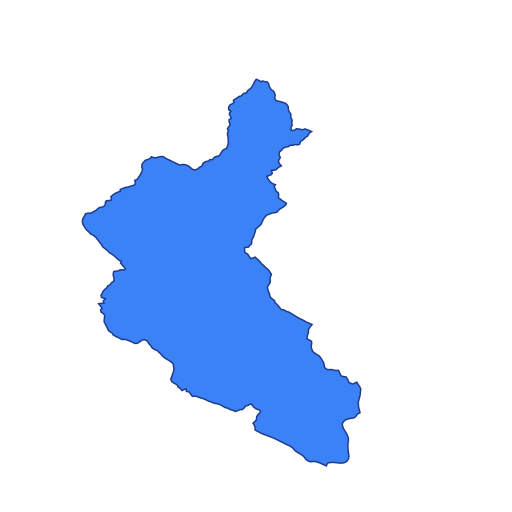 Botucatu, São Paulo, Brazil, rotated 116°
{"feature_id": "56859067B91204286934079", "entity_name": "Botucatu", "entity_type": "district", "adm_level": 2, "iso_a3": "BRA", "parent_name": "Brazil", "parent_adm1": "São Paulo", "projection": "equal_earth", "projection_center": [-48.5, -22.839], "detail": "fine", "context": "isolated", "style": "filled", "palette": "blue", "viewbox_px": 512, "rotation_deg": 116, "n_neighbors": 0, "source": "geoboundaries", "source_scale": "gbopen_adm2", "svg_char_len": 6135}
<svg xmlns="http://www.w3.org/2000/svg" viewBox="0 0 512 512"><g transform="rotate(116 256 256)"><path d="M413.8,100.7L412.3,101.0L410.7,100.7L409.5,99.4L407.8,96.5L405.9,91.3L404.9,88.8L403.7,86.8L402.0,85.1L400.2,84.2L397.7,84.0L395.3,84.7L393.3,85.9L391.5,87.3L386.6,90.1L383.6,91.4L381.4,92.0L379.2,93.2L377.6,94.8L376.5,96.1L375.3,97.8L374.2,99.5L372.8,101.7L370.4,104.1L368.4,105.0L365.1,104.3L363.7,103.4L361.4,101.0L359.6,98.4L358.4,96.9L356.9,96.1L353.7,95.6L351.3,93.8L348.5,96.1L346.5,97.8L342.5,100.0L339.5,100.6L335.1,101.5L332.2,102.7L329.9,103.4L328.3,105.0L326.8,107.7L325.2,110.1L328.8,113.0L328.9,117.0L326.9,119.2L325.2,122.0L325.9,124.1L326.5,126.8L324.8,129.1L322.6,131.7L324.1,134.5L324.8,138.1L326.2,140.7L326.9,142.8L326.1,145.5L323.5,147.4L322.2,148.5L320.8,150.6L319.3,152.9L318.1,155.5L317.9,157.6L317.5,160.8L317.0,163.1L314.4,165.9L311.7,167.3L310.2,167.6L308.3,168.8L308.0,174.1L305.5,174.8L301.7,175.4L300.2,176.2L298.5,176.7L293.0,175.6L293.1,178.4L293.3,181.7L293.0,185.3L293.1,188.6L293.0,191.3L292.7,194.3L292.4,197.8L292.0,201.6L292.4,204.6L292.2,207.4L293.1,209.9L291.4,213.3L290.2,216.0L289.6,218.4L288.1,219.5L287.6,221.7L287.0,224.4L285.7,226.1L284.1,227.3L282.8,228.7L281.0,230.6L279.0,232.1L276.5,232.0L274.6,231.6L273.1,231.8L271.6,232.5L270.3,233.5L268.4,233.9L265.7,234.1L264.3,236.5L263.3,238.0L262.6,240.1L262.1,242.8L261.1,245.0L260.7,247.4L259.3,250.0L258.4,252.8L257.4,256.3L259.3,258.0L260.7,259.7L259.6,261.5L257.9,264.5L257.7,267.6L253.5,270.0L251.1,266.5L248.9,266.2L247.1,265.3L244.0,266.6L241.5,266.9L239.9,266.6L234.3,267.4L232.2,268.1L225.6,265.4L223.9,265.3L221.7,265.5L219.6,265.4L218.0,265.3L214.5,264.3L212.6,262.3L210.3,260.4L208.8,257.9L207.2,256.3L205.1,255.9L202.9,254.9L200.3,253.1L197.5,251.8L195.4,251.7L195.0,253.9L194.8,256.9L194.2,259.0L193.7,261.6L191.0,262.4L189.3,263.8L189.0,266.3L187.4,267.9L185.5,270.2L183.4,269.8L183.7,272.7L183.2,275.5L181.5,278.9L179.7,281.1L177.9,279.5L176.2,277.9L174.5,277.6L172.3,279.7L171.0,277.3L169.5,275.7L166.6,274.7L163.9,272.7L162.9,275.1L161.7,276.9L159.8,277.6L156.9,277.3L155.0,279.7L152.3,280.6L150.5,279.7L148.6,279.1L147.0,278.8L145.1,277.0L143.3,274.7L141.1,273.6L140.4,271.5L138.8,270.0L137.8,267.3L136.6,265.9L133.1,266.0L130.4,264.3L128.0,263.7L125.7,262.3L123.8,262.1L121.9,261.9L119.8,260.6L119.9,264.1L120.3,267.7L122.2,269.5L122.8,272.2L123.8,275.4L126.1,276.5L127.7,279.4L125.1,281.0L122.6,280.7L120.8,282.2L118.2,283.0L115.9,285.7L113.3,286.8L111.9,289.2L110.2,291.1L107.8,292.4L106.6,294.2L105.8,296.3L106.0,298.5L106.4,300.6L106.8,302.8L107.5,306.3L105.5,308.7L103.3,309.1L101.2,310.8L100.1,312.8L99.9,315.2L98.0,318.1L95.6,320.2L94.6,322.4L95.5,324.7L95.8,326.9L97.3,328.1L96.9,330.2L97.0,333.2L98.8,333.6L100.7,333.7L103.5,333.7L106.9,334.0L109.1,335.0L111.5,336.2L113.6,335.9L114.6,337.8L116.1,338.8L118.6,339.4L120.2,341.3L123.1,342.9L125.9,344.6L127.6,343.1L129.5,344.0L131.6,345.6L134.5,345.8L136.6,344.6L136.8,342.0L138.6,342.5L140.2,342.2L141.6,340.2L143.1,338.6L145.3,339.9L147.4,338.9L148.4,337.4L150.6,336.7L152.1,337.3L154.3,337.4L155.7,335.6L158.2,335.5L160.2,334.3L161.5,333.1L164.0,331.8L167.0,330.3L169.2,329.9L172.3,329.7L174.8,331.9L177.2,332.5L179.2,332.7L180.9,332.7L182.4,333.4L184.5,336.0L186.4,337.0L188.5,337.2L189.5,339.7L191.5,340.2L192.8,342.2L195.7,344.3L197.2,344.1L199.2,344.2L201.1,345.8L202.9,346.3L204.3,347.5L205.7,348.9L205.8,351.8L204.9,354.7L204.7,357.7L205.1,360.0L206.1,362.4L207.7,364.2L207.8,380.5L207.3,382.8L208.4,385.3L210.2,387.5L211.8,389.4L212.5,391.5L212.6,393.5L214.4,393.8L216.6,395.4L218.5,397.5L220.9,398.1L222.4,398.6L224.3,398.4L226.2,397.6L228.0,395.9L230.8,395.5L233.3,395.6L239.1,396.3L241.2,398.1L242.7,396.7L244.6,396.2L246.3,397.0L247.5,398.6L248.8,399.8L250.5,401.7L251.6,403.4L253.9,405.6L255.8,407.2L257.5,406.2L258.6,407.7L260.4,409.1L261.7,410.2L263.9,411.4L266.1,412.4L269.1,410.5L270.7,412.5L271.9,414.8L274.0,414.9L275.4,414.0L277.3,414.2L279.2,415.3L281.1,418.0L283.1,419.0L284.9,419.7L287.1,421.3L289.5,422.8L290.8,425.2L292.6,427.7L295.8,427.7L297.8,428.0L300.0,427.7L302.0,426.6L303.6,425.2L305.4,422.4L306.8,419.8L307.8,416.5L308.7,414.1L308.6,411.3L309.5,408.0L310.8,405.4L312.2,402.5L313.5,399.8L314.9,397.9L315.6,395.0L316.2,391.9L317.4,388.9L317.5,386.3L318.1,383.3L318.9,380.7L319.4,378.7L320.0,376.8L319.8,374.6L321.8,374.5L322.8,372.1L323.8,369.7L324.9,367.8L326.6,368.5L327.1,370.5L328.2,372.2L330.1,373.5L330.9,375.2L332.3,377.0L334.1,376.7L336.2,375.7L338.1,373.8L341.1,372.8L342.7,373.9L344.3,374.3L346.1,374.7L348.0,376.2L350.1,376.2L352.6,377.4L355.1,378.0L356.9,377.9L359.3,378.1L361.0,376.7L360.7,374.7L360.3,372.7L363.4,373.6L364.9,371.9L366.4,374.3L367.9,376.5L368.9,374.2L370.6,371.3L372.4,372.1L374.3,370.8L374.7,367.6L376.0,365.8L379.0,364.8L381.5,363.8L382.8,362.2L384.2,360.3L385.9,358.2L387.8,355.7L388.4,351.4L389.5,350.0L389.8,346.3L389.7,343.3L389.9,340.0L388.2,336.8L387.9,333.5L387.6,329.1L387.8,326.8L386.5,324.3L384.4,323.1L381.4,321.5L380.0,319.1L380.2,316.1L381.6,314.2L382.7,311.3L384.2,308.9L384.5,305.7L384.2,303.5L385.2,300.9L385.7,298.6L386.7,296.8L387.6,293.7L387.9,290.3L388.2,287.1L389.0,283.4L391.5,281.6L394.2,279.9L397.3,279.3L400.4,279.0L402.4,278.7L404.1,278.7L405.9,276.3L406.3,273.5L406.3,270.3L407.9,268.8L408.2,266.1L409.4,263.5L407.4,262.0L406.2,260.7L408.2,259.1L407.5,256.4L409.0,253.9L410.0,251.6L408.3,248.5L408.1,245.7L407.7,242.8L407.2,239.6L407.2,237.2L407.2,234.6L406.8,231.6L406.7,229.0L405.8,226.2L405.3,222.6L405.6,219.6L405.7,217.5L405.2,214.5L405.3,211.6L404.8,208.9L404.7,206.2L403.1,204.8L401.3,203.2L399.7,200.8L397.3,199.9L395.3,199.5L394.0,197.9L391.2,195.8L391.8,193.7L392.9,191.6L393.4,188.4L392.8,185.9L393.7,183.7L395.3,183.8L397.3,184.6L399.8,185.0L403.2,183.8L407.6,185.4L408.5,183.8L409.9,182.1L412.8,180.5L412.9,176.8L413.1,173.3L412.8,169.8L412.4,165.7L412.1,163.1L411.9,160.8L411.9,158.0L411.9,153.4L412.0,149.1L412.0,144.9L411.9,142.4L412.4,139.0L413.9,135.4L414.3,133.2L414.4,131.0L414.8,126.9L415.6,124.4L416.9,122.2L417.4,119.2L416.9,116.5L415.6,114.5L414.7,112.6L414.1,109.1L413.8,100.7Z" fill="#3b82f6" stroke="#1e3a8a" stroke-width="1.5"/></g></svg>